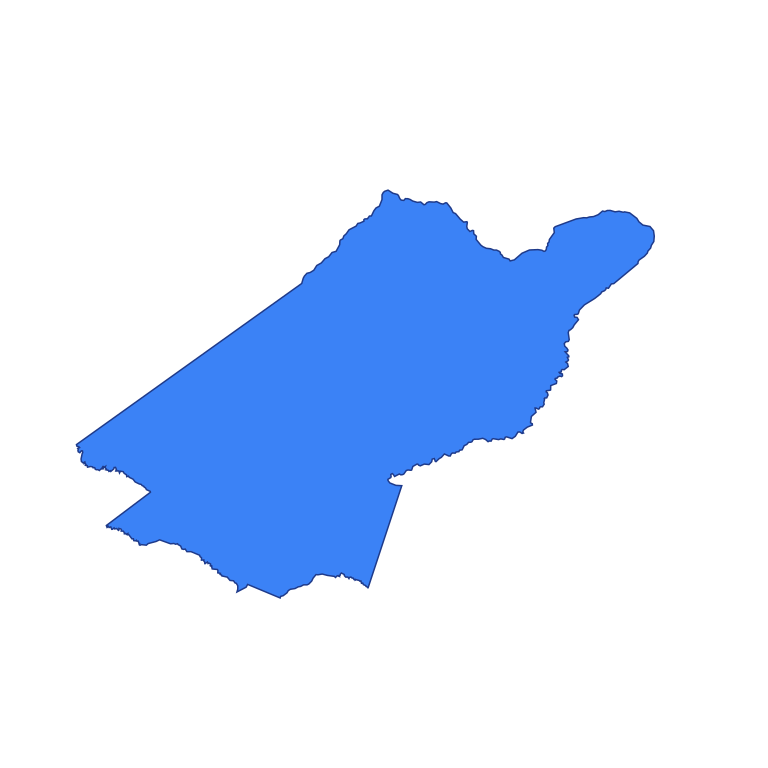 Villagarzón, Putumayo, Colombia (Mercator projection), rotated 143°
{"feature_id": "7082276B38703124782657", "entity_name": "Villagarzón", "entity_type": "district", "adm_level": 2, "iso_a3": "COL", "parent_name": "Colombia", "parent_adm1": "Putumayo", "projection": "mercator", "projection_center": [-76.667, 0.922], "detail": "fine", "context": "isolated", "style": "filled", "palette": "blue", "viewbox_px": 768, "rotation_deg": 143, "n_neighbors": 0, "source": "geoboundaries", "source_scale": "gbopen_adm2", "svg_char_len": 6153}
<svg xmlns="http://www.w3.org/2000/svg" viewBox="0 0 768 768"><g transform="rotate(143 384 384)"><path d="M690.9,438.1L691.5,436.1L690.7,436.1L690.7,437.2L690.2,437.5L689.8,436.8L689.9,434.8L688.2,434.3L688.9,431.8L688.3,431.4L686.2,431.5L686.3,430.3L684.5,429.5L684.2,426.9L683.6,426.9L682.6,428.2L681.4,426.6L681.4,425.6L682.4,424.7L680.8,423.4L680.8,421.9L681.5,420.6L680.3,420.2L680.3,419.1L678.6,418.8L679.5,417.9L678.5,417.4L678.5,412.0L677.3,411.2L678.1,409.5L676.9,408.3L675.8,408.2L676.0,407.3L674.8,406.3L675.6,404.5L675.1,403.7L676.2,403.0L675.9,402.1L674.4,401.7L670.8,398.3L668.4,398.5L660.8,395.4L657.0,394.6L650.6,384.8L647.8,383.1L646.8,381.4L645.0,380.7L645.1,379.7L643.9,377.0L644.7,374.0L643.7,372.6L642.1,371.8L642.3,368.7L639.0,366.2L634.3,358.2L634.8,356.8L634.3,355.1L635.8,353.2L633.8,351.9L634.4,351.2L634.3,350.0L635.5,347.8L634.9,348.3L632.1,348.1L632.6,346.5L631.6,346.3L630.8,344.8L631.6,344.0L631.2,342.7L631.9,342.9L631.5,342.0L632.5,339.7L628.7,336.1L628.8,335.1L630.4,333.2L628.6,331.2L629.5,330.5L628.7,329.2L629.0,328.3L625.4,324.1L625.2,319.8L622.6,317.4L622.7,314.8L621.9,313.7L622.2,310.9L624.2,308.2L626.6,306.4L616.4,304.7L613.5,306.0L595.7,275.6L594.4,276.6L591.9,275.6L587.2,275.6L584.8,276.6L582.3,276.4L578.2,274.2L574.5,273.6L572.4,272.5L569.1,272.0L566.3,269.9L564.4,269.5L560.4,270.1L557.5,271.6L553.0,272.7L551.6,271.4L547.7,269.4L544.4,265.2L539.4,260.2L539.2,258.7L536.6,259.0L535.4,257.1L535.0,258.0L534.3,257.6L533.1,258.5L531.8,258.7L530.4,255.8L531.0,254.8L530.8,252.8L529.1,251.6L529.1,249.7L528.0,250.3L526.6,249.8L526.3,248.2L525.5,247.7L525.6,245.9L524.7,245.4L525.1,244.7L524.0,244.5L522.0,241.9L521.9,241.0L521.0,240.6L521.9,238.4L520.8,237.8L521.2,236.2L519.9,234.0L520.2,233.2L519.3,231.5L519.8,230.5L431.0,292.1L435.5,295.9L438.9,301.5L438.9,304.4L438.3,305.5L434.9,305.2L434.1,305.7L433.0,307.7L431.3,307.5L431.0,306.1L431.2,303.8L425.9,302.9L425.2,301.3L423.6,300.4L422.3,300.2L418.2,301.5L416.6,300.9L414.3,298.8L413.6,298.7L410.6,300.8L405.9,300.2L405.2,299.6L405.2,298.4L404.3,296.8L400.0,295.8L396.6,292.6L392.7,293.2L390.7,295.0L388.7,294.2L389.6,291.3L389.2,290.7L384.9,291.2L382.3,290.9L377.9,291.8L375.6,287.5L374.4,286.6L372.6,287.6L371.0,287.8L368.7,285.9L367.3,286.3L364.9,284.9L363.5,285.6L361.2,284.4L357.0,286.5L354.3,285.9L351.6,286.5L349.6,285.2L348.3,285.0L346.8,285.8L345.2,285.6L341.8,283.1L337.8,281.2L336.3,278.6L335.6,275.3L334.2,275.1L332.8,273.9L330.8,274.9L329.7,274.6L325.9,270.6L323.8,269.9L321.6,267.5L320.7,267.5L319.3,268.5L317.9,268.0L314.6,263.3L310.6,263.2L306.0,265.0L304.4,264.0L303.5,261.4L302.1,260.9L302.1,262.1L300.3,263.3L295.5,263.3L290.2,261.9L289.5,263.0L290.3,264.8L289.7,265.6L285.8,269.4L279.6,269.9L277.9,273.9L277.1,273.4L275.8,271.0L274.7,270.8L273.7,271.6L272.8,271.6L271.1,270.4L268.2,271.5L267.7,272.9L265.1,275.0L264.9,275.8L264.2,276.1L262.4,275.0L259.6,276.5L258.8,278.7L259.2,280.1L258.4,280.9L255.0,279.0L254.5,279.0L251.8,282.4L246.0,280.7L244.2,282.4L244.6,284.8L243.9,285.4L242.1,284.5L240.9,285.0L238.8,284.5L237.7,283.0L236.5,283.1L235.5,284.7L237.1,286.6L237.1,287.9L235.1,287.0L234.1,288.2L233.0,288.4L231.5,287.0L226.3,287.1L225.1,289.9L225.6,292.1L223.2,291.8L222.2,292.2L221.5,295.0L220.0,294.5L219.5,295.3L220.0,300.7L217.9,299.5L216.6,300.4L216.4,302.7L216.9,305.4L215.7,307.8L213.5,308.3L211.1,307.1L209.4,307.9L205.9,314.2L204.0,315.5L202.5,315.1L199.3,315.4L196.6,316.7L190.0,318.3L189.7,321.0L191.5,322.7L190.8,324.5L190.1,324.8L187.6,323.3L186.6,323.2L183.3,325.5L176.3,326.6L164.2,325.5L156.7,325.7L154.6,326.5L151.8,325.8L150.1,326.0L148.7,327.0L147.1,325.4L142.2,327.1L140.1,325.9L108.7,327.4L107.4,328.8L105.6,329.5L99.2,329.3L94.9,330.1L93.3,331.3L89.3,332.1L86.9,333.9L82.8,335.4L79.2,339.4L76.5,344.2L76.8,349.7L81.6,355.1L82.8,360.1L82.4,364.1L84.8,372.8L88.3,376.7L89.6,377.2L92.3,380.5L95.8,382.4L98.9,386.5L101.3,388.2L103.8,388.8L105.4,390.6L111.0,390.3L115.9,391.6L119.5,393.8L122.1,394.7L124.5,396.7L131.3,400.2L152.6,406.6L154.6,406.3L156.9,402.4L164.9,399.9L166.8,398.1L168.7,397.8L169.9,395.9L171.8,395.5L173.4,393.8L175.1,393.2L176.4,393.6L177.4,395.8L180.2,398.7L187.2,403.5L195.1,405.4L205.2,404.7L209.2,406.4L209.0,408.5L212.5,413.2L212.2,416.1L212.7,417.8L211.9,419.2L212.1,420.5L213.5,423.2L215.7,424.9L217.5,427.9L220.6,430.8L222.4,434.2L223.1,436.7L223.4,444.0L221.3,446.4L221.9,449.9L220.2,452.6L221.0,453.5L223.6,454.1L224.1,457.8L223.1,460.0L220.3,462.8L220.1,463.7L223.0,465.4L223.9,469.7L224.3,477.0L225.6,479.3L224.7,484.5L224.9,490.9L225.9,491.7L228.5,492.1L230.2,494.0L232.2,498.0L234.4,499.0L238.4,502.4L240.6,503.0L242.9,502.6L244.2,503.1L245.2,507.3L248.1,509.0L251.0,512.9L252.1,515.7L253.4,517.6L255.4,519.2L257.7,518.7L259.6,520.5L259.8,522.5L259.0,526.0L259.2,527.3L262.1,531.0L264.1,536.4L267.5,537.5L269.3,537.4L271.7,536.3L274.6,532.5L280.7,528.8L284.5,529.4L287.9,528.4L292.9,525.8L294.6,526.9L297.8,525.9L300.0,527.4L301.1,527.4L302.1,526.1L306.2,527.0L308.3,528.0L311.3,526.9L319.1,528.2L323.7,526.7L327.0,526.4L329.4,524.8L332.2,525.2L333.0,524.9L335.6,521.9L342.4,518.8L346.4,520.3L351.6,518.9L355.7,519.6L361.2,518.4L366.4,519.1L371.6,517.1L375.9,517.5L378.9,518.8L382.6,518.1L384.8,517.1L389.2,513.8L666.1,520.7L666.7,519.2L665.5,517.6L665.4,516.4L667.4,516.9L667.5,515.7L668.3,515.3L669.0,513.9L668.3,512.2L665.9,512.8L665.1,512.0L666.0,510.4L667.0,510.0L671.1,506.4L672.3,504.2L671.8,502.1L669.8,501.8L670.1,501.1L671.2,500.7L670.4,500.2L670.4,499.2L671.4,498.7L670.1,497.4L670.8,496.0L668.0,494.7L666.6,493.2L666.8,492.2L665.6,491.5L665.4,490.7L665.9,490.1L665.5,488.8L663.9,487.6L663.4,486.2L661.4,486.5L659.5,485.4L659.8,486.6L658.1,487.3L657.7,486.9L658.4,485.9L656.1,485.8L657.1,485.1L656.9,483.2L657.8,482.9L656.1,480.9L656.3,479.7L654.7,479.4L654.8,478.6L650.9,478.8L649.8,479.7L648.6,479.0L649.1,476.8L649.9,476.6L649.6,475.9L650.3,475.7L648.1,474.2L648.8,472.1L647.0,473.0L645.0,470.9L645.3,469.0L644.3,466.6L645.2,464.8L643.6,464.3L643.6,462.8L641.7,459.0L641.7,455.6L639.6,451.4L638.3,449.9L638.3,448.4L637.4,446.9L637.6,446.2L637.0,444.5L637.3,442.6L635.3,438.9L635.7,438.1L690.9,438.1Z" fill="#3b82f6" stroke="#1e3a8a" stroke-width="1.5"/></g></svg>